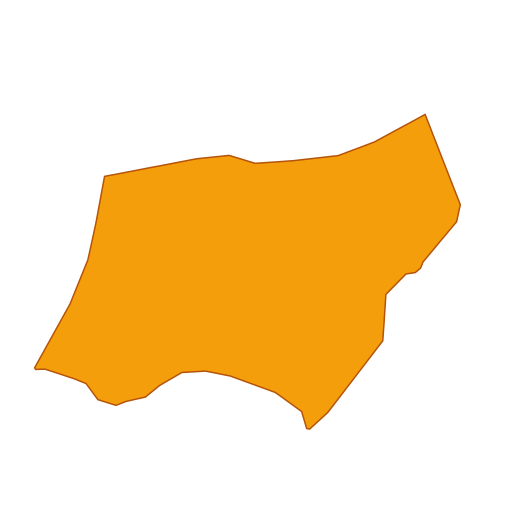 outline of Yarpea Mahn, Nimba, Liberia, rotated 15°
{"feature_id": "62588387B64952289701703", "entity_name": "Yarpea Mahn", "entity_type": "district", "adm_level": 2, "iso_a3": "LBR", "parent_name": "Liberia", "parent_adm1": "Nimba", "projection": "mercator", "projection_center": [-8.674, 7.231], "detail": "fine", "context": "isolated", "style": "filled", "palette": "amber", "viewbox_px": 512, "rotation_deg": 15, "n_neighbors": 0, "source": "geoboundaries", "source_scale": "gbopen_adm2", "svg_char_len": 1077}
<svg xmlns="http://www.w3.org/2000/svg" viewBox="0 0 512 512"><g transform="rotate(15 256 256)"><path d="M71.1,421.3L72.5,422.6L81.4,419.9L100.0,420.9L102.8,421.1L111.8,421.6L124.9,423.2L140.5,435.7L159.4,436.5L162.4,434.3L168.5,429.9L185.8,420.8L187.6,418.2L196.5,405.9L201.5,400.8L214.6,387.7L236.8,380.3L239.3,380.1L244.8,379.7L262.3,378.6L297.6,381.7L309.9,382.8L314.8,384.6L340.3,394.4L349.6,409.5L352.6,409.3L365.8,388.6L374.7,367.2L400.4,305.1L398.5,295.3L397.7,291.1L393.2,268.4L391.4,259.5L405.5,234.6L408.8,233.1L414.1,230.8L415.9,228.3L418.1,225.1L418.2,224.2L418.9,218.5L430.6,193.1L440.9,171.0L440.3,158.9L440.2,156.9L440.1,153.6L415.6,120.3L393.2,89.8L392.3,88.5L382.7,75.5L377.9,80.1L362.9,94.3L340.6,115.4L337.4,117.7L321.2,129.3L319.8,130.3L309.3,137.8L289.2,145.7L286.9,146.6L267.3,154.3L263.2,155.7L255.2,158.5L231.2,166.7L228.3,166.6L204.0,165.8L173.6,177.4L164.7,181.7L139.8,193.8L132.2,197.4L89.1,218.3L92.6,262.2L92.9,266.8L93.3,274.6L94.3,296.2L94.6,303.2L91.3,330.0L88.8,350.4L71.1,421.3Z" fill="#f59e0b" stroke="#b45309" stroke-width="1.5"/></g></svg>